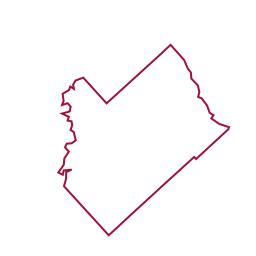 outline of Hempstead, Arkansas, United States of America, rotated 46°
{"feature_id": "52423323B95130922587904", "entity_name": "Hempstead", "entity_type": "district", "adm_level": 2, "iso_a3": "USA", "parent_name": "United States of America", "parent_adm1": "Arkansas", "projection": "albers", "projection_center": [-93.734, 33.742], "detail": "fine", "context": "isolated", "style": "outline", "palette": "rose", "viewbox_px": 256, "rotation_deg": 46, "n_neighbors": 0, "source": "geoboundaries", "source_scale": "gbopen_adm2", "svg_char_len": 865}
<svg xmlns="http://www.w3.org/2000/svg" viewBox="0 0 256 256"><g transform="rotate(46 128 128)"><path d="M198.6,56.8L197.6,54.7L188.4,59.6L179.0,61.4L178.2,57.6L173.9,58.7L166.7,55.5L157.8,54.4L154.4,56.0L151.7,51.7L146.0,48.2L136.5,48.1L131.7,44.2L126.8,43.7L118.1,40.4L97.8,39.6L97.4,58.9L95.4,126.3L60.7,125.2L57.4,132.7L58.7,137.4L62.3,139.8L58.1,140.7L59.7,144.1L58.0,151.3L63.8,155.5L65.7,159.5L68.2,154.2L72.8,154.4L75.6,158.4L71.8,165.4L78.9,162.8L80.7,166.3L83.9,164.0L87.2,166.1L89.5,170.7L93.1,169.8L96.9,172.0L100.6,174.2L99.9,179.1L96.7,183.0L98.1,186.7L103.9,187.0L105.7,194.9L109.9,199.9L111.6,209.0L116.3,207.4L113.9,203.7L118.8,197.4L116.8,203.1L121.6,208.0L125.4,214.5L149.5,215.2L191.8,216.4L192.4,187.4L193.7,136.5L193.9,131.1L194.0,129.3L194.1,124.5L194.8,100.5L197.6,100.6L198.6,56.8Z" fill="none" stroke="#9f1239" stroke-width="2"/></g></svg>